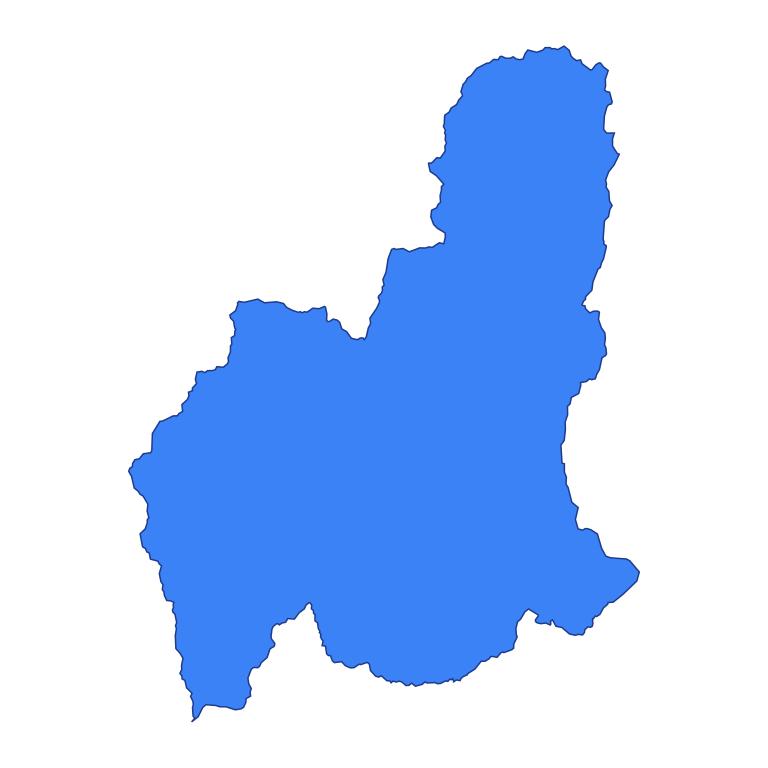 the district of San Ignacio, Cajamarca, Peru
{"feature_id": "86281439B246740541536", "entity_name": "San Ignacio", "entity_type": "district", "adm_level": 2, "iso_a3": "PER", "parent_name": "Peru", "parent_adm1": "Cajamarca", "projection": "natural_earth1", "projection_center": [-78.994, -5.074], "detail": "fine", "context": "isolated", "style": "filled", "palette": "blue", "viewbox_px": 768, "rotation_deg": 0, "n_neighbors": 0, "source": "geoboundaries", "source_scale": "gbopen_adm2", "svg_char_len": 6083}
<svg xmlns="http://www.w3.org/2000/svg" viewBox="0 0 768 768"><path d="M564.1,46.1L557.7,49.6L554.5,48.6L551.7,48.9L550.1,47.6L545.1,47.6L543.0,50.0L536.9,52.3L527.8,50.0L525.2,53.5L523.0,59.0L519.8,59.7L516.3,59.0L513.1,56.8L510.4,58.2L505.8,58.2L501.6,56.3L500.1,56.6L498.1,59.7L493.6,59.4L489.6,62.9L486.6,63.3L476.7,68.4L471.2,75.5L467.4,78.2L465.3,82.2L463.2,84.2L460.9,91.9L462.2,94.0L462.3,96.1L458.6,100.2L456.7,104.5L451.2,108.0L449.1,112.2L445.0,115.0L444.6,116.2L444.3,123.6L443.4,126.3L445.4,130.3L444.6,133.1L445.6,134.9L445.2,140.0L446.5,142.9L444.9,146.1L445.2,151.1L440.3,158.0L436.8,157.7L432.4,162.3L430.9,163.3L429.0,162.9L428.5,163.8L430.2,171.5L436.4,175.7L443.8,184.2L441.4,186.7L441.4,190.5L440.1,195.5L440.5,202.4L438.3,204.1L436.5,207.9L431.6,210.2L430.8,216.9L433.7,224.6L437.5,228.4L445.2,233.0L445.3,237.0L443.8,243.7L439.2,242.8L432.3,247.4L429.0,246.9L425.5,248.0L419.6,247.9L409.3,251.8L403.1,248.5L396.1,249.4L394.0,248.5L391.6,249.4L388.1,258.8L386.0,272.3L382.9,279.5L384.1,285.2L382.2,287.0L382.5,290.1L381.6,293.0L378.7,295.9L378.2,297.6L379.6,300.6L379.3,302.6L376.6,308.4L369.9,318.2L370.6,323.6L368.3,328.0L366.3,336.7L364.3,339.7L362.9,337.9L360.3,338.0L357.4,339.7L351.4,338.3L346.5,331.5L341.8,328.9L339.7,322.4L337.2,320.1L333.1,319.1L329.6,321.4L327.7,321.6L326.6,320.2L326.9,313.9L325.4,307.0L324.4,306.5L319.1,308.7L312.8,308.2L307.0,312.2L304.5,311.7L302.0,312.8L300.3,311.7L298.1,312.3L292.1,310.2L286.6,307.4L283.5,303.5L276.7,301.8L264.4,302.8L257.9,299.1L244.3,302.3L238.8,301.4L237.5,302.9L237.7,304.9L235.6,310.7L229.9,315.0L230.5,318.0L233.6,321.3L234.7,327.9L235.8,329.3L235.0,330.4L234.5,335.7L231.3,337.6L231.8,344.2L230.5,345.8L230.4,352.1L228.0,357.8L228.5,361.5L227.4,363.8L223.4,367.2L216.8,366.7L215.4,369.6L213.0,370.5L207.5,370.7L204.9,372.6L201.8,371.3L197.0,372.1L195.4,379.3L196.5,383.6L192.4,388.1L192.4,390.7L188.5,392.2L188.9,395.9L187.4,399.5L181.9,404.5L182.6,411.4L178.9,413.6L177.4,415.8L173.1,415.9L162.9,420.9L159.8,421.5L152.4,433.5L151.8,450.5L150.7,452.7L143.3,453.8L139.3,458.8L134.9,459.7L132.7,463.3L132.3,466.7L129.8,468.3L128.7,471.3L131.5,476.3L134.3,488.1L138.1,491.1L139.9,494.1L143.2,496.2L147.9,504.2L147.1,511.1L148.8,517.6L147.2,519.9L147.3,522.8L145.2,528.9L140.1,533.8L142.3,545.7L142.8,547.0L145.4,548.5L146.8,551.9L149.2,552.9L150.4,559.1L157.8,561.1L159.2,563.9L161.5,565.9L159.3,573.6L160.9,581.7L163.0,584.6L162.3,589.4L163.9,591.9L164.4,595.5L166.7,600.5L170.8,600.9L173.9,602.4L173.1,605.0L173.5,607.6L172.4,609.9L172.9,612.1L175.0,614.2L176.7,622.8L175.5,625.5L176.4,628.7L175.3,635.4L175.9,648.6L180.2,653.5L183.0,658.3L181.5,665.6L181.8,669.3L179.9,673.4L181.9,676.0L182.1,678.9L184.9,680.4L186.6,687.8L192.0,693.3L190.6,696.5L192.9,701.3L193.3,704.7L192.5,707.6L193.1,716.1L194.7,718.3L191.6,721.9L198.2,716.7L202.7,707.5L206.0,704.7L215.9,705.5L219.8,706.8L226.0,706.8L235.4,709.8L241.2,708.8L243.6,707.3L245.8,702.5L246.2,698.5L250.6,696.1L250.1,692.2L251.3,688.6L248.8,683.8L247.9,678.0L251.3,669.3L253.7,667.4L257.9,667.7L259.6,666.2L261.3,662.6L267.1,657.6L270.1,648.7L274.0,646.5L274.7,644.9L274.7,643.2L271.7,639.3L271.0,636.8L272.0,628.9L273.3,626.4L276.4,623.9L278.0,623.7L279.3,624.9L282.0,623.0L285.6,622.3L287.8,618.6L294.4,619.1L299.0,612.9L304.4,608.8L305.9,605.2L308.9,602.7L309.8,602.7L311.7,605.0L311.4,608.8L313.3,610.3L313.6,613.5L315.0,614.4L315.0,620.9L317.5,622.7L318.3,628.5L319.8,631.1L319.4,632.6L320.9,634.2L320.5,636.2L321.4,638.9L323.1,641.1L322.1,645.6L325.5,646.1L326.6,653.7L328.3,655.5L330.5,655.7L332.4,660.8L334.3,662.6L341.6,661.7L345.4,665.7L350.2,667.8L353.9,667.7L359.3,664.2L360.8,664.6L367.1,662.4L369.3,664.0L370.5,670.6L375.7,676.2L378.7,677.1L381.4,675.8L386.8,680.7L389.9,680.9L391.1,682.8L393.0,681.1L396.1,682.0L399.3,681.2L401.9,682.0L405.9,685.5L409.1,685.3L411.5,683.1L415.4,686.2L422.2,684.4L425.0,681.9L427.0,683.0L435.0,682.6L437.3,683.7L440.4,683.5L445.6,680.9L447.9,681.4L449.6,679.3L451.3,679.7L452.7,678.6L453.7,681.8L456.2,680.0L460.1,680.6L461.0,678.5L463.5,676.4L467.2,674.9L467.9,673.5L474.9,669.1L481.1,661.3L485.1,661.2L489.1,658.8L490.5,656.8L492.2,656.4L497.1,657.3L500.8,652.9L502.6,652.0L503.9,652.6L511.8,649.7L513.6,648.2L513.8,644.0L517.2,636.9L516.3,634.6L515.9,628.5L517.5,621.9L520.6,619.2L525.0,611.7L528.6,609.0L538.1,614.9L538.4,615.8L535.4,619.9L535.6,621.6L537.1,622.8L541.0,623.7L545.7,623.0L550.2,625.0L550.8,624.2L550.6,621.1L552.5,619.9L556.0,626.3L561.8,627.4L569.5,634.0L575.5,635.3L578.1,634.4L582.6,634.9L584.4,632.6L584.9,629.6L588.0,626.8L590.6,627.3L592.3,626.2L592.9,623.6L592.5,618.7L593.4,618.7L595.1,616.1L596.6,616.5L599.9,614.4L603.6,607.7L607.7,604.3L608.0,602.6L613.3,602.1L623.4,593.9L636.8,581.0L639.3,572.0L629.8,560.8L626.4,559.0L610.5,557.8L605.8,556.1L601.6,548.3L597.4,534.0L590.8,529.7L587.1,528.6L585.2,528.6L582.7,530.2L578.1,528.9L575.4,519.5L578.2,507.6L571.8,502.2L568.1,487.5L566.0,484.1L566.4,477.2L564.4,472.2L564.4,463.8L562.0,463.0L560.9,445.0L564.2,440.5L565.4,429.7L565.2,421.9L567.6,414.9L567.5,406.3L570.0,404.0L571.4,397.4L578.7,393.5L580.8,385.3L580.5,382.6L586.5,381.5L589.3,378.9L591.7,379.7L595.3,378.8L596.8,374.1L599.4,369.7L602.0,357.8L605.6,355.5L606.5,353.9L606.0,348.2L604.5,344.7L605.4,338.3L604.8,332.8L601.3,327.7L598.5,319.4L599.4,312.2L598.0,311.2L593.7,311.1L589.8,312.9L585.7,309.0L584.8,305.7L582.3,305.4L582.0,304.5L583.8,300.7L585.4,299.6L585.7,296.6L591.9,290.1L592.9,282.1L598.0,269.1L600.3,267.5L601.5,262.8L603.5,258.8L606.3,247.1L606.2,245.6L603.7,244.0L603.9,241.2L603.1,239.5L604.4,221.8L604.8,220.3L608.5,216.6L609.9,209.4L612.1,205.6L609.5,200.9L608.8,191.5L606.0,187.0L606.5,184.0L605.6,180.0L608.6,171.9L614.1,164.9L619.3,154.2L617.3,153.5L612.6,146.2L612.5,138.8L614.4,133.0L606.6,133.1L603.6,129.3L604.4,116.1L606.8,107.1L608.5,104.7L611.5,103.9L612.2,102.0L609.6,92.2L606.5,91.6L604.5,89.8L605.6,86.0L605.3,79.4L608.2,70.5L603.4,66.9L600.6,63.1L599.2,62.8L595.9,64.7L592.2,69.5L590.6,70.1L582.0,63.7L580.6,59.9L576.6,60.6L573.0,58.2L571.0,55.9L569.2,50.4L564.1,46.1Z" fill="#3b82f6" stroke="#1e3a8a" stroke-width="1.5"/></svg>